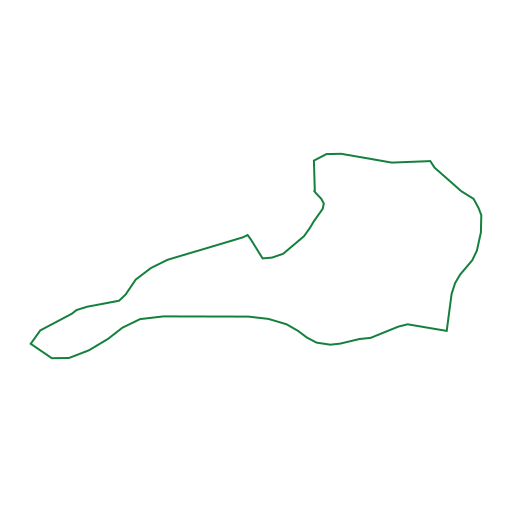 an SVG outline of Siparia
{"feature_id": "TTO-52", "entity_name": "Siparia", "entity_type": "Region", "adm_level": 1, "iso_a3": "TTO", "parent_name": "Trinidad and Tobago", "parent_adm1": "", "projection": "orthographic", "projection_center": [-61.668, 10.145], "detail": "fine", "context": "isolated", "style": "outline", "palette": "green", "viewbox_px": 512, "rotation_deg": 0, "n_neighbors": 0, "source": "natural_earth", "source_scale": "10m", "svg_char_len": 863}
<svg xmlns="http://www.w3.org/2000/svg" viewBox="0 0 512 512"><path d="M314.3,191.1L314.8,190.6L313.9,160.6L326.4,154.1L341.2,153.8L391.8,162.6L430.3,161.1L434.6,167.7L461.3,191.2L473.6,198.9L478.6,208.1L481.3,215.2L480.9,232.4L476.9,250.6L472.3,260.2L460.1,274.6L455.1,283.1L451.6,293.9L446.7,330.9L407.6,324.3L398.4,326.6L370.5,337.9L359.5,339.0L340.3,343.6L330.3,344.7L316.5,342.6L306.8,337.5L297.9,330.8L286.6,324.3L268.4,318.9L248.3,316.6L163.4,316.4L140.1,319.1L122.4,327.7L108.0,338.9L88.9,350.3L68.9,358.0L51.8,358.2L30.7,343.8L40.3,330.4L71.9,313.7L76.6,310.0L87.3,306.7L119.1,300.7L125.6,294.5L135.8,279.5L151.1,267.9L167.5,259.8L243.0,237.3L247.6,235.0L250.8,239.4L262.6,258.4L272.0,257.6L283.1,253.8L304.0,236.2L309.9,227.9L313.9,221.2L322.7,208.8L323.8,203.5L321.2,198.7L316.0,193.3L314.3,191.1Z" fill="none" stroke="#15803d" stroke-width="2"/></svg>